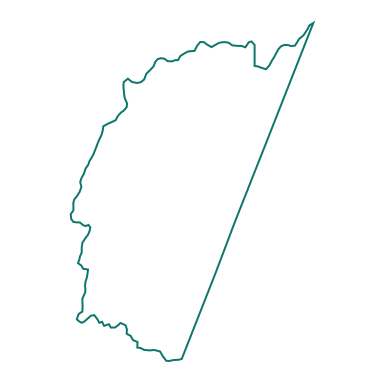 Milhã, Ceará, Brazil (Robinson projection)
{"feature_id": "56859067B33545091671034", "entity_name": "Milhã", "entity_type": "district", "adm_level": 2, "iso_a3": "BRA", "parent_name": "Brazil", "parent_adm1": "Ceará", "projection": "robinson", "projection_center": [-39.196, -5.645], "detail": "fine", "context": "isolated", "style": "outline", "palette": "teal", "viewbox_px": 384, "rotation_deg": 0, "n_neighbors": 0, "source": "geoboundaries", "source_scale": "gbopen_adm2", "svg_char_len": 2020}
<svg xmlns="http://www.w3.org/2000/svg" viewBox="0 0 384 384"><path d="M281.0,46.3L278.2,49.5L274.5,56.5L271.9,60.6L269.6,65.1L266.1,69.2L261.5,67.8L257.7,66.4L254.6,65.9L254.6,58.6L254.6,53.5L254.6,50.2L254.6,44.9L251.5,41.5L248.7,42.3L245.4,47.3L241.5,45.9L237.9,45.9L232.4,45.4L228.6,42.7L224.8,42.1L221.9,42.3L218.8,42.9L211.5,47.1L206.8,44.4L203.9,42.1L200.2,42.0L197.1,45.8L194.5,50.9L191.2,51.2L188.3,51.4L184.9,53.1L180.5,55.9L178.0,60.1L175.1,60.1L172.4,61.3L167.7,61.2L164.4,58.7L160.7,58.2L157.6,59.2L155.5,61.5L153.4,66.6L149.5,70.7L146.4,73.6L144.2,79.4L141.0,82.1L137.2,83.0L132.0,82.0L127.9,78.7L123.7,82.1L123.4,86.1L124.0,93.1L124.6,97.5L125.7,100.4L127.1,103.5L126.6,107.3L123.6,110.7L120.9,112.6L118.0,115.8L115.6,120.2L111.2,122.3L108.4,123.5L103.4,126.2L102.6,131.1L101.4,135.1L99.0,140.1L97.3,144.3L95.9,148.1L94.6,151.3L93.1,155.0L89.5,161.1L88.2,164.8L85.6,168.6L83.9,173.7L81.5,178.0L80.2,182.1L81.4,186.8L79.7,191.8L76.9,196.2L74.3,199.4L73.3,202.9L73.4,207.0L73.4,210.4L70.7,214.2L71.2,219.0L73.4,221.9L76.6,222.4L79.9,222.4L82.9,225.0L85.5,226.1L88.5,224.9L90.3,227.4L89.7,230.6L88.0,234.8L85.4,238.1L82.4,242.8L81.7,247.5L81.7,252.6L79.9,256.6L79.3,259.8L78.0,263.1L81.4,265.6L83.2,268.8L88.0,269.5L87.5,273.8L86.9,277.4L85.5,281.8L85.0,285.6L85.4,289.2L85.2,292.4L83.8,295.5L82.3,298.9L82.5,303.0L82.6,307.2L82.3,311.6L78.7,314.0L76.8,319.1L78.8,321.2L81.8,322.8L84.4,321.5L87.9,318.4L90.8,315.8L94.3,315.1L97.3,319.1L99.3,322.8L102.1,321.8L104.1,325.9L108.9,324.2L110.8,327.5L114.9,327.5L118.0,325.4L120.4,323.0L123.0,324.0L125.6,325.4L126.9,329.3L126.7,333.9L130.6,335.8L133.0,340.1L137.5,342.0L137.3,347.6L140.6,348.0L143.9,349.8L149.3,350.4L154.4,350.0L160.1,351.5L162.9,356.3L166.3,360.8L169.2,361.0L173.7,360.0L178.3,359.8L181.7,359.0L211.4,283.6L216.1,271.6L232.7,227.7L239.7,209.7L247.5,190.1L252.3,177.8L265.7,144.0L313.3,23.0L309.4,25.4L307.4,29.4L303.4,35.4L299.2,38.9L295.0,45.6L291.4,46.1L288.2,45.1L284.6,44.9L281.0,46.3Z" fill="none" stroke="#0f766e" stroke-width="2"/></svg>